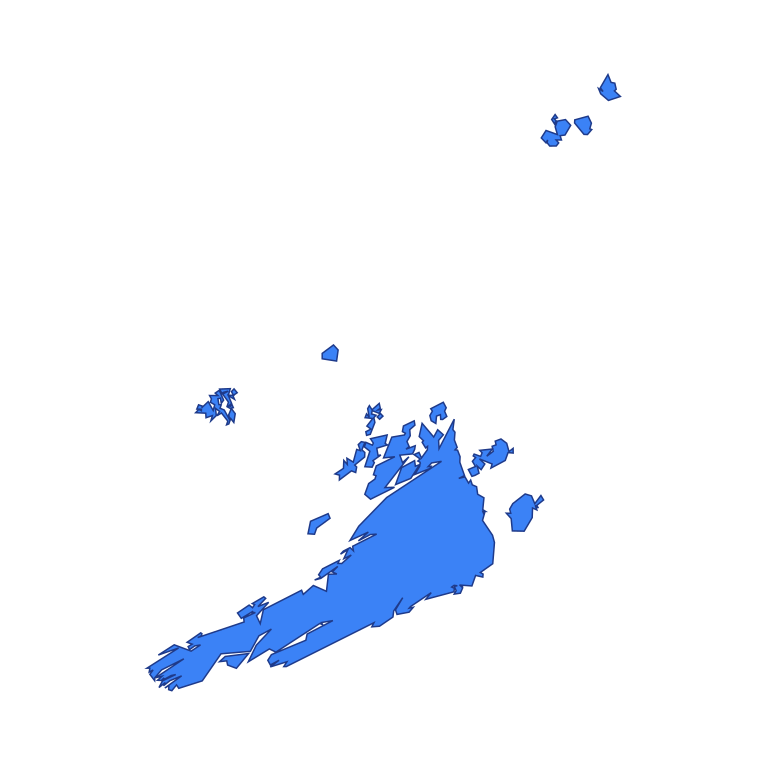 Frøya nor, Sør-Trøndelag, Norway, rotated 348°
{"feature_id": "86288312B66000336849668", "entity_name": "Frøya nor", "entity_type": "district", "adm_level": 2, "iso_a3": "NOR", "parent_name": "Norway", "parent_adm1": "Sør-Trøndelag", "projection": "albers", "projection_center": [8.677, 63.836], "detail": "fine", "context": "isolated", "style": "filled", "palette": "blue", "viewbox_px": 768, "rotation_deg": 348, "n_neighbors": 0, "source": "geoboundaries", "source_scale": "gbopen_adm2", "svg_char_len": 6166}
<svg xmlns="http://www.w3.org/2000/svg" viewBox="0 0 768 768"><g transform="rotate(348 384 384)"><path d="M421.6,446.2L413.1,430.4L407.5,442.7L410.8,447.7L409.2,448.9L411.4,455.2L413.6,454.1L412.7,457.4L405.3,464.1L404.0,458.2L398.7,459.3L403.8,464.9L401.1,466.4L403.1,468.1L401.8,471.9L395.4,478.9L411.3,476.2L413.0,474.3L410.0,474.0L414.2,471.1L424.2,471.6L363.0,495.6L329.8,517.8L318.2,530.0L337.9,525.6L326.3,532.1L339.3,528.4L345.6,529.3L319.6,536.2L319.4,540.8L316.8,537.0L309.5,539.0L306.1,541.4L314.3,538.5L308.4,546.5L316.4,544.5L305.4,550.8L301.6,549.9L303.6,547.2L285.5,552.0L280.4,557.0L281.9,559.8L275.4,561.3L281.8,561.0L300.9,552.8L294.4,557.1L298.4,560.0L290.1,558.6L284.6,574.8L273.0,566.4L261.3,573.0L260.5,568.6L219.1,579.7L213.1,592.7L211.1,584.2L225.8,573.6L214.4,575.5L223.7,569.1L222.2,567.2L209.5,571.4L211.6,572.9L208.9,575.5L206.1,572.2L193.1,577.5L195.7,583.6L208.8,579.0L207.0,580.2L210.7,580.8L198.1,583.7L197.7,587.7L149.0,593.3L153.0,592.3L154.0,590.4L153.0,589.3L137.7,595.7L142.3,598.6L137.8,600.1L138.6,603.4L144.5,600.8L150.3,601.1L139.8,605.2L124.6,595.5L106.9,602.2L128.2,599.5L93.0,612.7L95.9,613.3L94.4,617.0L98.7,615.7L94.6,619.3L98.0,626.5L98.8,623.6L107.0,617.4L131.1,611.2L99.6,623.8L106.1,623.7L100.9,626.7L104.6,627.7L107.8,625.7L106.6,627.5L115.2,624.9L119.9,624.9L105.6,628.3L100.8,634.1L108.0,630.5L105.6,633.3L112.9,629.7L125.4,627.4L106.4,635.8L110.9,634.3L109.8,638.2L112.7,639.9L118.5,635.2L120.0,639.0L144.5,636.6L168.5,614.0L197.7,617.7L209.3,604.3L222.9,600.3L204.7,613.0L193.5,627.5L216.8,619.3L222.5,623.8L271.4,604.9L274.0,606.7L273.1,604.3L284.8,604.8L256.8,612.6L254.3,618.4L217.6,625.3L212.9,630.1L214.4,635.2L223.9,632.4L213.9,637.1L231.3,635.5L227.2,639.6L229.6,640.1L324.5,615.4L321.6,619.0L329.2,620.0L344.3,613.8L346.3,608.0L357.9,596.9L348.3,607.3L348.8,612.1L361.1,612.4L366.2,608.5L362.0,608.5L363.7,607.2L386.8,597.9L380.1,603.3L409.2,601.8L410.4,598.5L408.0,596.7L410.7,595.5L413.8,596.6L410.7,596.5L411.6,601.2L409.0,604.1L415.2,604.5L418.6,599.7L417.1,597.6L419.5,598.2L416.0,596.3L428.0,599.8L433.8,590.3L440.5,593.4L441.4,590.5L439.0,588.4L453.0,582.4L459.1,562.0L458.7,554.5L452.0,537.9L456.1,530.1L454.5,531.4L454.1,529.1L456.8,529.7L454.5,527.4L458.1,516.1L452.7,511.3L453.2,503.7L449.4,501.0L448.8,496.0L446.1,498.5L443.9,491.7L437.5,491.9L443.7,490.3L441.9,476.3L443.3,470.9L442.2,464.0L439.8,463.2L442.4,461.2L441.2,453.4L443.4,445.9L441.9,442.9L445.4,433.0L424.4,458.7L425.7,450.5L431.5,446.0L427.0,439.9L421.6,446.2ZM405.9,426.3L394.3,429.1L392.1,434.4L394.7,436.6L393.4,438.1L380.6,437.6L368.2,456.2L379.5,457.4L359.4,462.5L354.8,470.6L357.1,472.0L355.4,475.1L348.3,478.2L342.3,487.9L346.9,493.9L372.8,487.2L363.4,485.5L393.2,460.4L385.8,464.7L384.7,456.9L397.4,458.3L400.4,454.3L401.7,450.9L392.0,452.3L395.6,450.4L394.5,445.0L398.9,440.1L399.7,434.0L405.7,430.7L405.9,426.3ZM499.2,520.9L485.1,527.8L480.9,532.5L481.1,536.8L476.8,535.8L480.4,542.1L479.0,554.4L490.5,557.1L501.2,545.5L503.5,536.2L507.3,538.9L506.7,534.0L509.2,537.5L508.2,534.5L516.0,530.6L514.3,525.7L506.6,532.4L505.0,524.1L499.2,520.9ZM487.0,462.1L480.9,463.0L481.0,466.8L476.8,467.4L476.9,472.6L469.5,476.0L476.4,470.1L463.9,468.8L465.6,471.7L463.5,474.9L457.6,471.3L456.3,472.9L458.3,475.0L454.4,478.0L456.3,483.7L448.7,485.2L450.8,492.6L454.0,492.3L458.4,491.0L458.1,483.6L461.2,488.0L466.0,483.2L461.8,477.1L473.1,484.7L471.1,488.5L486.7,484.0L491.1,476.9L496.0,478.4L496.9,473.8L492.2,476.1L491.7,467.5L487.0,462.1ZM232.7,356.6L222.2,354.8L223.4,359.3L225.7,358.7L230.0,358.6L224.1,360.4L228.1,369.4L225.7,373.5L229.3,376.6L225.7,381.8L225.7,387.4L222.3,376.2L218.6,373.6L220.4,370.6L218.2,369.8L218.5,363.8L221.1,363.8L220.8,369.1L223.8,366.4L221.5,355.9L217.0,357.8L219.2,360.8L211.0,359.0L212.1,362.7L210.4,365.8L214.1,369.1L211.4,374.4L208.4,364.7L200.7,369.4L202.0,368.0L198.3,365.8L195.7,369.6L200.2,370.7L199.8,372.2L197.6,370.3L193.8,372.9L203.6,375.5L202.9,380.0L209.6,379.2L207.0,384.1L213.4,380.0L214.1,372.8L217.5,376.6L214.1,380.3L219.0,378.6L223.5,387.8L221.5,391.2L223.9,390.8L226.9,385.9L229.1,390.4L232.3,382.1L229.4,375.8L231.7,375.8L230.9,372.0L229.4,373.9L227.5,373.2L230.9,371.3L229.4,363.0L234.6,367.9L233.8,364.0L238.6,362.0L236.3,357.6L233.2,359.7L234.4,363.7L229.3,362.7L232.7,356.6ZM607.4,156.0L603.0,160.1L604.9,165.2L606.1,163.3L607.5,163.9L604.9,168.0L605.5,176.1L595.2,169.7L589.0,176.0L592.6,181.8L594.8,179.3L593.7,181.9L595.6,185.7L602.0,187.0L605.0,184.5L603.1,181.1L608.3,182.2L607.9,177.7L612.8,178.1L620.4,169.8L616.5,163.1L607.5,162.9L605.6,160.1L609.0,159.7L607.4,156.0ZM353.2,437.1L349.8,435.7L346.2,437.9L347.0,444.3L343.7,442.3L337.7,454.0L332.3,448.9L331.4,455.1L328.8,450.4L326.8,458.1L317.4,461.8L321.5,463.9L320.4,468.6L334.1,462.2L337.9,464.7L340.0,459.5L338.5,457.2L349.9,451.4L351.0,447.0L348.7,443.8L353.2,437.1ZM376.5,434.5L359.4,434.7L361.3,439.6L359.9,441.4L354.2,437.3L351.7,441.4L356.2,446.8L348.1,460.9L355.1,462.9L358.2,458.9L357.2,456.7L366.2,452.8L363.3,452.6L363.6,445.3L374.7,444.3L372.8,442.4L376.5,434.5ZM667.4,127.9L657.2,139.2L659.1,143.4L655.3,139.6L656.3,145.2L662.5,153.3L675.0,151.9L670.3,145.2L672.4,144.0L672.3,137.7L668.8,136.2L667.4,127.9ZM398.0,465.3L383.8,469.5L374.4,484.8L390.6,481.9L402.0,470.3L397.6,470.9L398.0,465.3ZM302.4,499.2L283.6,503.0L278.5,514.7L284.8,516.5L288.2,510.9L303.3,504.1L302.4,499.2ZM172.0,617.5L165.4,621.4L172.6,622.1L172.6,626.4L180.5,631.4L195.5,619.5L172.0,617.5ZM438.2,414.2L424.6,417.9L425.7,420.6L422.3,424.4L422.5,429.7L426.5,433.4L428.7,426.3L432.8,425.7L432.1,430.4L434.0,430.9L438.7,428.8L437.6,423.2L439.9,420.2L438.2,414.2ZM365.2,402.1L362.9,404.7L362.6,413.4L360.7,409.6L358.5,413.0L365.8,415.4L358.5,421.6L361.9,425.4L356.3,426.9L356.3,430.6L360.1,430.4L367.1,419.7L367.1,414.8L369.7,412.9L365.6,410.7L366.9,407.6L374.1,412.3L370.5,414.8L372.4,417.6L376.3,415.2L373.8,411.1L376.1,408.4L372.7,408.1L375.3,406.9L375.3,402.0L366.9,406.7L365.2,402.1ZM639.3,164.5L625.5,165.3L624.7,168.3L631.5,181.4L634.9,182.3L640.1,178.3L638.3,177.2L641.1,172.0L639.3,164.5ZM342.7,335.3L329.9,341.2L328.8,346.5L342.4,351.7L346.2,341.2L342.7,335.3Z" fill="#3b82f6" stroke="#1e3a8a" stroke-width="1.5"/></g></svg>